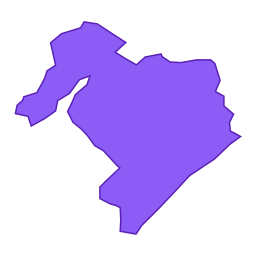 outline of Fasoula Pafou, Paphos, Cyprus
{"feature_id": "46923920B40214327074484", "entity_name": "Fasoula Pafou", "entity_type": "district", "adm_level": 2, "iso_a3": "CYP", "parent_name": "Cyprus", "parent_adm1": "Paphos", "projection": "albers", "projection_center": [32.631, 34.747], "detail": "fine", "context": "isolated", "style": "filled", "palette": "violet", "viewbox_px": 256, "rotation_deg": 0, "n_neighbors": 0, "source": "geoboundaries", "source_scale": "gbopen_adm2", "svg_char_len": 931}
<svg xmlns="http://www.w3.org/2000/svg" viewBox="0 0 256 256"><path d="M240.6,136.5L230.3,131.0L229.5,122.4L233.6,114.2L223.9,105.9L223.9,96.2L215.4,91.5L220.1,80.3L214.8,63.4L210.9,60.1L210.7,59.9L196.6,59.9L181.0,62.6L170.1,62.0L162.2,56.7L161.0,54.0L145.2,57.0L136.4,64.9L124.6,58.1L115.2,52.2L125.8,42.5L111.7,33.4L97.3,23.9L84.1,21.9L80.6,27.8L61.5,33.7L50.6,42.8L55.6,65.2L47.1,70.8L44.7,78.2L40.9,85.3L36.8,92.7L23.8,96.8L22.7,100.3L17.1,105.3L15.4,113.6L28.0,116.3L31.2,126.0L44.7,118.6L55.6,110.9L57.7,100.6L69.4,93.5L79.4,79.7L90.0,75.8L87.0,84.7L75.3,94.7L72.6,101.2L67.6,111.5L72.9,122.2L81.1,128.9L87.3,135.4L94.9,145.8L103.2,150.5L117.3,165.8L119.9,167.9L106.4,180.6L99.9,187.1L99.9,198.6L110.2,203.9L116.4,205.7L120.2,207.7L120.8,219.8L120.2,231.3L135.5,234.0L136.0,234.1L141.8,225.3L158.0,209.3L172.0,194.6L189.7,175.5L214.6,158.9L230.0,144.2L240.6,136.5Z" fill="#8b5cf6" stroke="#5b21b6" stroke-width="1.5"/></svg>